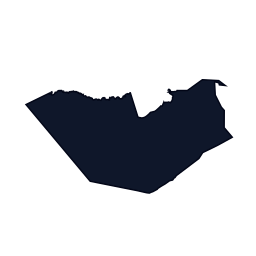 Capulálpam de Méndez, Oaxaca, Mexico, rotated 189°
{"feature_id": "50627088B77206539090101", "entity_name": "Capulálpam de Méndez", "entity_type": "district", "adm_level": 2, "iso_a3": "MEX", "parent_name": "Mexico", "parent_adm1": "Oaxaca", "projection": "robinson", "projection_center": [-96.41, 17.316], "detail": "fine", "context": "isolated", "style": "filled", "palette": "ink", "viewbox_px": 256, "rotation_deg": 189, "n_neighbors": 0, "source": "geoboundaries", "source_scale": "gbopen_adm2", "svg_char_len": 4638}
<svg xmlns="http://www.w3.org/2000/svg" viewBox="0 0 256 256"><g transform="rotate(189 128 128)"><path d="M157.0,69.5L108.8,67.6L100.0,67.0L98.5,67.0L96.7,67.1L94.3,68.7L93.8,68.8L89.6,72.0L89.0,73.1L85.9,75.9L82.7,78.5L78.7,82.4L75.8,83.6L74.6,86.0L73.9,86.4L72.8,88.6L53.2,109.0L50.4,115.4L36.6,125.1L23.6,135.2L33.1,143.4L35.7,160.4L39.1,163.2L47.0,174.2L49.5,185.9L49.4,187.3L45.3,186.8L44.5,184.9L38.7,185.2L38.9,185.3L45.8,189.0L62.1,187.3L75.2,174.3L85.4,172.7L85.5,172.4L85.7,171.9L86.5,171.5L87.6,171.3L88.6,171.0L88.9,170.9L89.1,170.8L90.1,170.8L90.4,170.7L91.1,170.6L91.5,170.6L91.8,170.8L91.9,171.0L92.0,171.4L92.1,171.6L92.5,172.1L92.9,172.4L93.5,172.6L93.9,172.5L94.1,172.1L94.1,171.8L94.1,171.7L93.6,171.9L93.4,172.0L93.2,172.0L93.1,171.9L92.7,171.8L92.3,171.3L92.3,171.1L91.9,170.3L90.9,170.2L91.3,169.7L92.0,169.8L93.0,170.3L93.3,170.1L93.5,170.0L93.7,169.8L93.3,169.8L92.9,169.8L92.7,169.6L92.4,169.1L92.3,168.9L92.2,168.9L92.2,168.7L89.0,167.3L88.6,166.8L88.5,166.0L88.6,165.5L88.7,165.1L88.8,164.8L88.5,163.6L88.7,162.7L88.9,161.7L89.3,160.8L89.6,160.5L90.1,159.6L90.8,159.8L91.4,159.9L91.9,160.0L92.3,159.9L92.8,159.6L93.4,159.4L93.9,159.4L94.8,159.2L95.5,159.1L95.7,158.9L95.9,158.6L96.2,158.6L96.4,158.6L96.6,158.7L96.7,158.9L96.8,158.4L97.0,157.6L97.2,156.8L97.4,155.9L97.7,155.0L98.1,154.8L98.5,154.9L98.9,155.0L99.0,154.9L99.9,153.6L100.5,152.8L101.3,151.8L102.1,150.8L103.0,149.7L104.2,148.6L105.4,148.1L106.8,147.5L108.1,147.0L108.7,146.3L109.3,145.3L111.1,143.1L112.5,141.7L113.4,141.1L114.4,140.6L115.9,140.0L117.0,140.1L117.9,140.1L118.9,140.1L120.0,140.5L131.2,163.1L131.5,163.1L131.7,162.2L132.3,161.9L132.9,161.8L132.8,161.5L133.7,161.3L134.1,161.7L134.8,161.2L135.1,161.1L135.3,160.8L136.3,159.7L135.4,158.6L136.1,158.3L136.9,158.4L137.1,158.4L137.6,158.7L137.8,158.3L137.8,158.0L137.8,157.2L137.9,156.7L138.2,156.7L138.4,156.3L138.5,156.0L138.8,155.9L139.0,155.8L139.3,155.7L139.4,155.9L139.7,155.7L140.0,155.7L140.3,155.6L140.6,155.5L140.8,155.6L141.0,155.9L141.1,155.7L141.3,155.7L141.4,155.9L141.4,156.1L141.6,156.1L141.7,156.3L141.9,156.5L142.0,156.8L142.2,157.0L142.4,157.0L142.7,157.0L143.0,157.0L143.4,156.8L143.6,156.5L143.8,156.3L144.0,156.1L144.0,155.9L144.2,155.5L144.4,155.5L144.4,155.2L144.6,155.1L144.7,154.7L144.9,154.6L145.0,154.6L145.4,154.6L145.5,154.8L146.5,155.6L146.8,155.9L147.0,156.2L147.2,156.4L147.4,156.4L147.7,156.4L147.9,156.3L148.0,156.3L148.2,156.2L148.4,155.9L148.7,155.7L149.0,155.8L149.2,155.5L149.4,155.6L149.6,155.0L150.0,154.8L150.8,155.1L150.8,154.7L150.8,154.1L150.8,153.4L150.6,152.9L150.7,152.7L151.1,152.6L151.7,153.1L153.4,152.7L153.6,152.8L154.1,152.6L154.7,152.6L155.0,153.0L155.5,153.3L155.4,153.9L156.4,154.3L157.0,154.0L157.4,154.0L158.1,153.2L158.6,152.3L159.1,151.0L160.1,151.2L161.3,151.8L162.0,150.9L162.8,151.3L163.1,151.4L163.4,151.6L164.4,151.5L164.8,151.0L165.4,151.0L166.1,150.3L166.8,150.5L167.3,150.6L167.6,150.9L167.8,151.5L168.4,151.5L168.5,151.8L169.3,152.0L169.7,151.8L170.2,151.9L170.4,152.2L170.9,152.4L171.3,152.5L171.4,152.2L171.7,152.4L172.1,152.1L172.5,152.1L172.9,151.8L173.3,152.1L173.6,151.9L173.9,152.1L174.2,152.4L174.5,152.8L174.7,153.0L175.1,153.1L175.3,152.9L175.5,152.8L175.7,152.6L176.2,152.6L176.5,152.8L176.6,152.7L176.7,152.8L176.8,153.1L177.0,153.1L177.4,153.2L177.5,153.4L177.5,153.6L177.8,153.6L177.7,154.0L178.0,153.9L178.2,153.7L178.3,154.0L178.5,154.0L178.8,154.0L179.2,154.0L179.4,154.4L179.6,154.6L179.8,154.5L180.1,154.6L180.3,154.7L180.5,154.8L180.8,154.7L181.0,154.9L181.2,154.7L181.3,154.4L181.6,154.6L181.8,154.4L182.3,154.5L182.3,154.9L182.6,155.2L182.9,155.4L183.4,155.2L183.7,155.4L183.9,155.6L184.4,155.7L184.8,155.8L185.0,155.5L185.4,155.4L185.6,155.7L186.2,155.6L186.8,155.6L187.1,155.3L187.5,155.5L187.7,155.8L188.0,155.5L188.3,155.4L188.6,155.3L188.8,155.4L189.0,155.2L189.5,155.2L190.0,155.1L190.1,154.7L190.5,154.7L191.0,154.6L191.3,154.7L191.7,154.4L192.0,153.9L191.9,153.5L192.0,153.3L192.3,153.1L192.7,153.5L193.2,153.8L193.5,153.6L193.8,153.4L194.1,153.5L194.3,153.7L194.6,153.7L195.0,153.3L195.3,153.4L195.6,153.4L195.9,153.4L196.1,153.4L196.4,153.5L196.9,153.5L197.0,153.1L197.4,153.0L197.7,153.2L198.0,153.5L198.2,153.4L198.4,153.9L198.2,154.2L198.9,154.1L199.5,154.2L199.6,154.6L199.8,154.6L199.9,154.3L201.2,154.4L201.7,153.9L202.3,154.1L202.8,153.8L203.6,153.0L203.9,152.1L204.8,151.7L205.4,151.9L206.2,149.7L207.3,149.0L207.7,148.8L208.7,148.8L208.9,149.6L208.7,150.1L208.6,151.0L208.7,151.5L208.9,151.8L209.4,151.5L209.9,150.5L210.1,149.9L210.3,149.6L210.6,149.4L211.0,149.3L211.4,149.5L211.4,149.9L232.4,135.2L157.0,69.5Z" fill="#0f172a" stroke="#020617" stroke-width="1.5"/></g></svg>